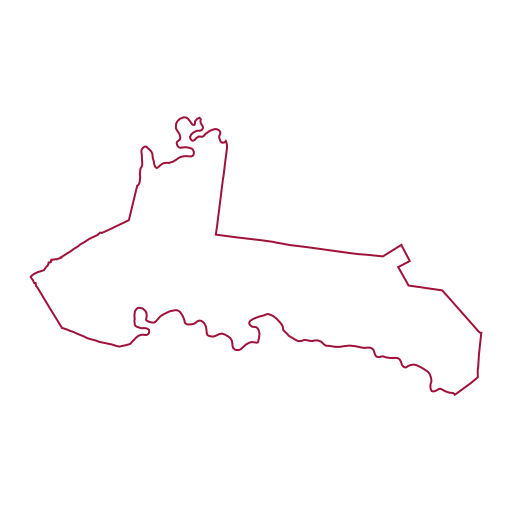 the district of Balta Doamnei, Prahova, Romania
{"feature_id": "2599482B99497080352243", "entity_name": "Balta Doamnei", "entity_type": "district", "adm_level": 2, "iso_a3": "ROU", "parent_name": "Romania", "parent_adm1": "Prahova", "projection": "orthographic", "projection_center": [26.161, 44.772], "detail": "fine", "context": "isolated", "style": "outline", "palette": "rose", "viewbox_px": 512, "rotation_deg": 0, "n_neighbors": 0, "source": "geoboundaries", "source_scale": "gbopen_adm2", "svg_char_len": 6042}
<svg xmlns="http://www.w3.org/2000/svg" viewBox="0 0 512 512"><path d="M30.7,276.9L31.5,278.3L32.4,279.4L33.3,280.9L33.7,282.0L34.3,283.1L35.6,283.0L36.1,286.1L37.1,287.0L50.4,309.1L62.1,328.1L63.4,328.3L66.6,329.4L70.4,331.0L73.5,332.0L79.3,334.6L84.6,336.7L84.8,336.9L86.0,337.6L88.9,338.7L96.5,340.7L98.9,341.8L111.5,344.4L114.5,345.3L116.1,345.9L119.3,346.6L121.9,346.0L125.3,345.3L129.5,344.2L130.8,343.4L132.1,341.7L134.1,339.8L136.2,337.5L137.7,336.3L138.9,335.6L141.3,334.8L142.7,334.7L145.6,335.0L146.7,334.9L147.7,334.4L148.6,333.5L149.1,332.5L149.1,330.1L148.1,329.1L146.3,328.3L144.2,328.1L142.4,328.2L140.5,328.0L136.7,326.7L135.6,326.0L135.0,325.1L134.7,323.9L134.4,320.9L134.7,319.0L134.4,315.8L134.9,311.4L135.3,310.6L136.7,308.8L137.5,308.2L138.5,307.8L140.4,307.9L142.8,308.6L143.5,309.1L144.7,310.3L145.7,311.4L146.5,313.1L146.7,316.0L146.1,319.9L146.6,320.6L149.5,322.0L152.3,322.5L153.9,322.6L155.5,321.8L160.0,316.7L161.4,315.6L163.9,314.1L167.2,312.5L169.8,311.3L175.0,310.2L176.8,310.2L178.5,310.8L180.0,312.0L181.9,314.6L182.6,315.8L184.1,319.3L184.9,322.7L186.1,323.9L187.2,324.4L188.8,324.4L190.9,324.4L194.0,323.8L196.5,322.1L197.7,321.1L199.4,320.6L201.1,320.8L202.7,321.8L203.9,322.9L205.0,324.6L205.9,326.7L206.3,328.7L206.7,332.2L206.9,333.7L207.5,335.1L209.0,335.9L211.0,336.4L213.1,336.6L215.6,335.8L219.5,334.0L221.9,333.6L224.5,334.4L228.0,336.3L230.4,338.2L231.8,340.6L232.4,343.5L232.5,345.9L233.1,347.9L235.1,349.7L236.4,350.0L237.9,350.1L239.2,349.9L240.7,349.3L246.0,344.5L248.3,343.2L250.1,342.4L252.1,342.0L256.8,342.7L257.8,342.4L258.2,341.6L258.4,340.1L259.1,337.5L259.5,333.6L258.9,330.8L257.6,328.3L256.3,327.2L252.1,326.7L250.2,325.2L249.5,324.2L249.2,322.8L249.6,321.7L250.5,320.7L252.1,319.6L254.2,318.5L258.2,316.9L263.9,315.4L267.1,314.1L268.0,314.0L271.3,315.1L273.4,316.2L276.4,318.5L279.7,322.1L281.5,324.2L282.7,326.3L283.3,330.0L284.5,331.4L287.3,333.9L288.6,335.7L295.5,339.8L298.2,341.2L301.4,340.9L304.3,340.0L307.7,340.3L309.8,340.9L312.6,341.0L314.2,340.5L317.6,340.4L320.9,341.5L324.6,344.9L326.0,345.7L329.3,345.9L334.8,346.8L338.3,346.9L340.1,346.8L345.0,346.0L349.8,345.6L355.4,346.2L363.0,347.8L364.7,347.9L366.3,347.7L369.0,347.6L370.7,347.8L372.5,348.9L373.2,349.6L373.9,350.9L374.6,353.2L375.2,354.9L376.2,356.4L377.1,356.8L379.0,357.1L379.8,357.1L381.1,356.5L383.2,356.4L386.2,357.4L390.3,358.0L396.4,357.9L398.2,358.3L399.5,359.2L400.7,361.1L401.8,364.3L402.2,365.2L403.1,366.3L403.8,366.9L404.9,367.4L405.8,367.4L406.6,367.1L408.1,366.0L409.1,365.6L410.6,365.1L413.2,364.6L415.2,364.8L417.7,365.7L422.2,368.0L426.6,370.8L428.2,372.1L429.7,374.0L431.0,377.7L431.3,379.5L431.4,380.7L431.2,382.3L430.4,384.8L430.5,388.0L430.8,389.2L431.7,391.0L432.9,391.4L434.4,391.3L436.5,390.4L438.4,389.2L439.9,388.7L441.1,389.0L444.4,390.8L446.4,391.7L449.5,392.7L452.3,392.9L453.6,393.3L454.5,394.2L454.8,394.7L456.3,393.7L470.7,383.2L477.8,377.3L477.7,370.5L477.9,368.2L478.1,368.1L479.0,353.9L481.3,332.8L480.6,332.8L479.8,332.5L478.6,331.5L449.4,298.4L442.2,290.4L408.5,285.5L405.7,280.3L398.2,267.1L409.7,261.1L409.2,259.9L401.3,244.9L382.9,256.4L367.6,254.8L358.2,254.1L348.5,252.9L309.0,247.4L297.9,246.0L290.2,245.1L278.6,243.0L275.2,242.4L274.1,242.0L261.9,240.3L236.9,237.4L215.8,234.6L217.1,226.0L218.0,218.4L221.1,194.1L221.2,193.0L223.1,177.9L223.4,176.9L224.3,169.6L224.9,164.3L227.0,148.0L227.0,146.4L226.9,144.6L226.3,142.2L226.1,141.6L225.8,141.0L225.4,141.6L224.6,142.2L223.8,142.6L223.1,142.7L221.8,142.5L221.2,142.2L220.6,141.6L220.1,140.3L219.4,138.2L219.2,137.3L219.2,136.4L219.3,135.8L219.6,135.2L219.9,134.7L220.2,134.0L220.3,133.1L220.2,132.3L219.9,131.4L219.4,130.7L218.4,129.9L217.4,129.4L216.2,129.1L215.1,129.1L213.9,129.3L211.7,130.1L209.3,131.2L205.7,133.8L203.9,135.8L202.2,136.8L200.5,136.6L198.7,136.5L196.0,138.3L195.3,139.3L194.6,139.9L193.4,140.6L192.5,140.7L191.6,140.2L190.8,139.3L190.3,138.4L190.0,136.9L190.8,135.5L191.1,134.6L193.5,132.4L195.8,131.3L197.9,130.6L199.6,130.8L201.6,130.2L202.8,128.5L203.0,127.3L202.5,126.0L200.7,123.1L200.4,121.1L200.8,119.2L199.4,117.8L197.2,118.8L195.0,121.4L194.9,124.0L194.4,124.9L193.1,124.9L192.0,124.1L191.0,122.8L190.5,121.9L188.0,118.7L186.6,117.7L185.6,117.5L183.7,117.3L181.1,118.3L179.7,119.0L178.0,120.6L177.1,121.8L176.2,123.6L175.9,126.4L176.0,128.3L176.9,130.3L178.7,132.8L179.6,134.5L180.1,136.3L180.3,137.8L180.0,139.1L179.6,139.9L177.3,141.6L176.9,142.2L176.7,142.9L176.8,143.7L177.1,144.9L177.7,146.2L178.7,147.1L179.4,147.5L180.3,147.7L185.5,147.2L187.6,147.4L191.8,148.6L192.5,149.2L193.6,151.2L193.9,152.1L193.9,153.0L193.7,154.1L193.4,154.9L192.9,155.6L192.3,156.0L191.3,156.3L190.2,156.4L187.1,156.2L184.2,156.2L180.5,157.0L178.6,158.0L176.4,159.6L172.9,161.7L169.0,162.9L166.9,162.8L164.7,163.0L163.8,163.2L162.3,163.8L160.6,165.0L158.7,166.7L157.4,167.8L156.6,167.9L156.1,167.7L155.4,167.1L154.7,165.6L154.2,164.0L153.8,161.3L152.8,158.4L152.4,154.0L151.6,152.1L151.0,151.1L147.3,147.6L146.3,146.7L145.8,146.6L145.0,146.6L143.9,147.0L142.7,148.1L141.8,149.5L141.5,150.1L141.4,151.6L141.5,152.6L141.8,154.8L142.0,159.8L142.3,163.8L142.2,165.2L142.0,165.9L141.4,167.2L140.8,167.9L140.4,168.9L140.2,170.8L140.0,173.0L139.8,174.5L140.2,176.8L139.7,181.9L139.3,183.4L138.7,184.5L137.8,185.4L137.2,185.7L129.0,219.7L128.9,220.0L128.6,220.3L114.4,227.1L112.4,228.2L110.2,229.1L109.1,229.7L105.8,231.1L104.9,231.6L102.7,232.5L101.9,233.0L101.5,233.0L100.7,232.6L100.1,232.6L99.2,233.5L98.4,233.9L98.2,234.2L98.0,234.7L97.6,235.0L94.9,236.2L93.2,237.1L92.5,237.3L89.3,238.9L83.6,242.6L80.3,244.4L78.7,245.8L77.5,246.7L73.9,248.9L69.3,252.2L68.6,252.5L62.0,256.7L61.4,257.2L60.7,257.4L60.9,257.8L59.3,258.3L56.7,259.4L56.0,259.2L55.0,259.2L54.6,259.5L52.4,259.6L51.5,259.8L51.3,260.0L51.4,260.3L51.0,260.4L50.9,261.8L50.9,262.0L50.6,262.3L50.2,262.5L49.8,262.4L48.8,262.4L48.6,262.5L48.4,263.1L48.4,264.3L47.9,265.0L47.5,265.9L47.0,266.2L46.0,267.2L44.8,268.8L44.0,270.1L42.5,270.7L37.8,272.1L34.9,273.5L34.1,273.9L32.0,275.4L30.7,276.9Z" fill="none" stroke="#9f1239" stroke-width="2"/></svg>